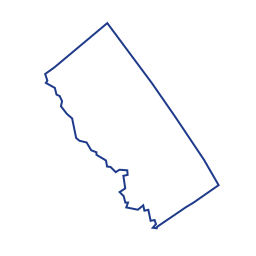 Grimes, Texas, United States of America (Natural Earth projection), rotated 330°
{"feature_id": "52423323B77575058684255", "entity_name": "Grimes", "entity_type": "district", "adm_level": 2, "iso_a3": "USA", "parent_name": "United States of America", "parent_adm1": "Texas", "projection": "natural_earth1", "projection_center": [-96.09, 30.545], "detail": "fine", "context": "isolated", "style": "outline", "palette": "blue", "viewbox_px": 256, "rotation_deg": 330, "n_neighbors": 0, "source": "geoboundaries", "source_scale": "gbopen_adm2", "svg_char_len": 722}
<svg xmlns="http://www.w3.org/2000/svg" viewBox="0 0 256 256"><g transform="rotate(330 128 128)"><path d="M83.3,39.8L81.8,46.7L79.4,47.9L84.7,56.7L82.8,63.3L84.8,66.2L84.3,71.8L80.8,75.7L82.1,85.2L84.4,91.8L78.1,110.7L79.6,114.8L84.9,119.8L85.0,128.9L88.5,133.2L87.3,135.5L92.7,145.1L90.6,150.9L93.4,153.0L95.3,160.1L99.8,159.9L106.2,164.3L104.2,168.4L100.1,167.1L95.4,178.9L88.7,179.3L90.2,184.8L88.4,191.3L90.7,192.6L86.8,195.9L95.7,203.7L102.5,202.6L100.9,207.8L104.7,209.0L101.2,219.7L105.0,221.0L104.2,225.2L99.6,226.8L102.8,229.2L103.9,228.1L139.1,225.5L147.0,225.4L177.9,222.8L177.9,201.0L177.9,193.5L174.5,142.1L171.1,100.9L162.5,26.8L94.5,38.7L83.3,39.8Z" fill="none" stroke="#1e3a8a" stroke-width="2"/></g></svg>